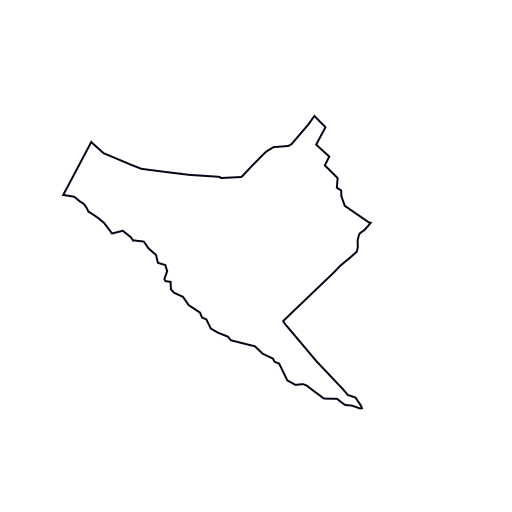 Reifi Aroma, Kassala, Sudan, rotated 327°
{"feature_id": "16777658B59678801632413", "entity_name": "Reifi Aroma", "entity_type": "district", "adm_level": 2, "iso_a3": "SDN", "parent_name": "Sudan", "parent_adm1": "Kassala", "projection": "robinson", "projection_center": [35.864, 15.736], "detail": "fine", "context": "isolated", "style": "outline", "palette": "ink", "viewbox_px": 512, "rotation_deg": 327, "n_neighbors": 0, "source": "geoboundaries", "source_scale": "gbopen_adm2", "svg_char_len": 1730}
<svg xmlns="http://www.w3.org/2000/svg" viewBox="0 0 512 512"><g transform="rotate(327 256 256)"><path d="M127.6,99.8L135.8,107.3L138.0,114.2L140.0,118.6L140.2,123.3L139.6,127.7L140.4,128.9L143.8,136.9L144.4,138.4L145.0,140.5L146.5,145.1L146.7,146.9L147.3,155.2L147.5,158.7L158.0,162.3L161.2,171.8L161.4,176.3L162.8,176.9L164.7,178.7L168.9,182.0L169.8,183.1L170.0,190.9L172.7,200.7L170.0,208.3L175.0,214.2L173.2,220.4L166.6,225.4L166.4,227.8L170.3,231.2L166.5,237.6L167.2,242.1L172.5,250.5L172.8,260.6L178.2,273.0L177.2,278.1L179.8,282.1L178.6,292.3L182.3,299.6L188.4,308.2L189.1,313.1L201.0,325.9L205.9,331.1L208.4,341.7L214.3,351.2L214.0,354.9L216.8,358.9L214.5,377.4L218.9,385.6L225.4,388.9L226.6,390.4L227.8,392.1L228.3,393.4L231.0,400.9L233.6,407.8L234.8,411.3L235.3,412.5L238.1,414.5L241.0,416.4L241.2,416.6L243.2,417.9L246.2,419.9L247.6,424.3L249.1,428.2L249.6,429.4L253.9,432.9L255.0,433.8L256.4,435.6L257.1,436.4L259.7,439.9L260.2,440.5L261.9,441.3L262.5,438.8L262.3,428.8L261.6,428.0L257.3,422.5L256.4,415.3L249.4,377.4L243.3,328.6L243.3,325.4L257.6,322.6L312.4,312.2L321.2,310.1L336.3,308.3L341.6,307.4L342.5,307.5L346.0,304.4L349.0,299.4L350.6,297.3L354.1,294.2L355.7,293.5L361.5,293.2L368.1,291.3L370.2,290.6L369.2,289.7L365.1,280.0L357.8,262.3L360.1,252.5L363.1,247.4L361.0,242.7L366.9,235.1L363.1,217.5L371.6,212.5L367.1,195.4L384.4,185.8L381.2,170.4L371.9,174.1L346.9,181.5L343.3,181.4L340.6,180.0L329.9,174.2L329.0,174.2L321.4,174.0L317.3,174.8L302.7,178.0L287.8,181.6L286.6,181.7L268.9,171.4L268.8,170.3L267.4,168.9L244.6,151.9L225.8,136.2L208.7,121.6L207.4,120.5L200.9,111.5L184.2,86.8L181.5,76.9L180.0,71.1L179.9,70.9L179.9,70.7L127.6,99.8L127.6,99.8Z" fill="none" stroke="#020617" stroke-width="2"/></g></svg>